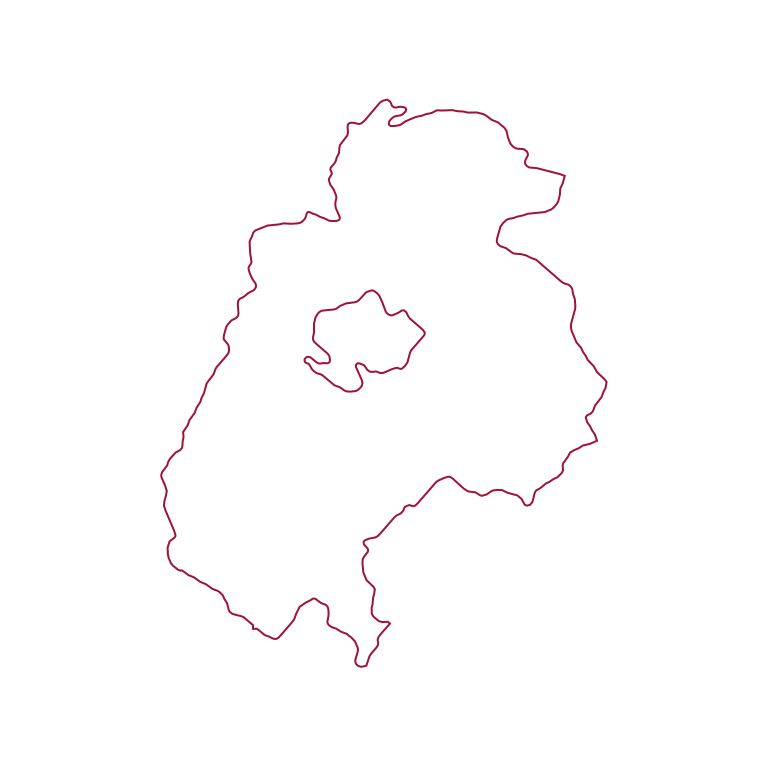 San Juan de la Maguana, San Juan, Dominican Republic, rotated 221°
{"feature_id": "3306468B55528819950271", "entity_name": "San Juan de la Maguana", "entity_type": "district", "adm_level": 2, "iso_a3": "DOM", "parent_name": "Dominican Republic", "parent_adm1": "San Juan", "projection": "albers", "projection_center": [-71.221, 18.893], "detail": "fine", "context": "isolated", "style": "outline", "palette": "rose", "viewbox_px": 768, "rotation_deg": 221, "n_neighbors": 0, "source": "geoboundaries", "source_scale": "gbopen_adm2", "svg_char_len": 6167}
<svg xmlns="http://www.w3.org/2000/svg" viewBox="0 0 768 768"><g transform="rotate(221 384 384)"><path d="M571.4,569.9L572.0,566.2L572.9,564.5L574.3,563.3L577.6,561.7L579.7,560.1L581.0,558.7L581.6,556.9L580.7,554.8L576.1,550.0L574.8,547.7L574.0,535.5L573.1,533.7L569.5,528.8L568.2,523.8L566.6,520.5L566.2,517.9L566.1,512.4L565.7,511.4L565.1,510.6L561.9,509.0L561.2,508.2L560.2,503.1L559.3,501.6L555.3,499.2L549.7,497.8L543.6,494.7L541.9,493.0L539.8,489.1L537.5,486.5L535.3,484.9L527.0,481.0L525.9,479.8L525.5,478.7L526.1,477.0L526.8,476.0L530.1,472.9L532.4,471.3L538.0,469.8L541.9,468.2L546.4,467.2L549.7,465.8L553.0,464.9L553.9,464.3L554.3,463.3L554.3,462.2L552.6,458.6L552.1,456.0L552.3,452.7L553.0,450.7L554.6,448.5L559.2,444.0L565.2,439.3L568.1,435.4L575.8,427.2L581.8,415.6L582.0,412.5L580.4,408.7L579.5,404.9L578.6,403.0L571.1,395.2L564.1,389.2L563.4,387.6L562.8,383.5L561.9,382.1L558.0,379.5L552.4,377.0L546.8,375.5L545.3,374.5L544.2,373.0L543.8,371.1L543.9,369.1L546.0,364.0L547.1,357.5L548.7,353.7L548.6,351.2L546.8,348.4L540.2,341.9L538.9,339.7L538.8,337.1L540.8,332.0L541.0,326.2L540.4,323.3L537.2,316.6L535.4,313.7L534.1,312.6L528.0,311.6L525.6,310.4L523.1,307.9L521.8,305.5L521.4,301.9L521.4,287.1L520.9,284.4L519.0,279.7L518.3,268.3L513.8,258.8L512.5,253.7L510.8,249.8L509.9,243.2L507.9,237.9L507.2,229.3L505.1,224.1L504.1,215.9L500.6,212.6L498.3,208.6L495.4,204.9L494.5,203.2L494.4,200.7L496.3,195.5L496.5,187.6L495.9,184.1L494.2,180.2L493.7,172.1L492.5,169.2L490.7,167.6L482.3,163.6L477.8,160.8L475.1,156.3L473.3,152.3L470.4,147.9L465.9,145.2L446.2,135.6L442.3,133.2L441.6,132.3L441.3,130.5L442.6,124.7L440.0,118.6L435.7,114.0L432.6,111.6L427.6,109.1L424.2,108.4L417.7,108.7L415.2,109.5L414.9,110.3L413.6,110.9L406.1,111.5L400.7,113.4L392.9,114.1L386.9,116.1L379.1,116.8L374.4,118.6L371.6,119.1L367.3,118.8L363.3,117.0L359.0,115.8L352.9,111.6L350.4,110.8L347.2,111.2L339.0,115.3L337.1,115.9L324.8,116.1L322.1,113.3L319.3,116.0L309.2,116.3L305.1,117.9L300.3,119.2L298.5,120.5L297.7,121.7L297.1,123.9L297.1,142.9L297.4,147.5L299.5,152.9L301.5,160.4L299.6,167.9L297.9,171.8L296.9,175.2L296.3,176.1L294.6,176.9L287.7,177.4L283.2,179.1L280.7,179.0L278.3,177.6L275.3,174.5L273.5,172.2L270.7,167.3L269.2,166.3L267.3,165.8L264.1,166.2L259.6,168.0L253.7,168.9L248.5,170.9L242.0,171.2L237.1,170.7L231.5,168.1L229.5,166.6L228.4,165.1L224.5,156.7L222.7,155.0L220.9,154.3L218.3,154.3L215.5,155.7L212.5,159.8L216.4,169.1L216.8,172.1L216.8,180.0L217.2,182.8L218.2,184.4L220.9,186.7L222.1,189.3L222.4,193.1L222.3,207.1L225.1,207.1L229.1,203.2L232.2,201.7L238.7,201.5L240.8,201.9L242.7,202.9L246.5,206.9L248.2,210.4L251.9,215.3L253.8,219.3L256.3,223.1L258.7,224.0L268.5,224.5L275.9,228.2L282.4,234.3L285.1,237.8L285.8,240.5L286.1,246.7L287.0,248.3L288.5,249.1L293.9,249.8L295.6,251.2L296.0,252.2L295.7,253.8L293.9,257.4L290.1,262.2L289.0,264.8L288.7,268.4L288.7,290.0L288.3,292.9L286.6,296.8L286.3,298.7L286.4,301.2L287.4,303.8L287.5,305.4L285.5,309.2L281.8,310.9L280.6,312.9L280.3,316.4L280.3,344.2L279.6,346.9L277.0,352.5L274.9,355.9L273.6,357.1L271.1,357.7L255.0,357.4L250.1,358.1L244.0,362.2L238.4,363.1L236.8,363.8L234.0,368.1L232.8,373.1L232.0,375.0L228.7,378.7L225.3,381.4L219.6,382.9L210.2,387.4L204.9,387.5L198.6,385.2L196.3,386.0L194.5,388.5L194.6,392.4L199.0,401.1L199.3,403.6L197.7,408.0L196.5,415.2L195.0,418.5L193.7,423.5L191.9,427.4L191.5,433.4L192.2,436.4L195.4,439.3L196.7,441.4L197.5,450.0L198.6,454.4L196.9,459.2L195.0,463.0L193.6,468.0L189.3,474.0L186.0,480.9L191.8,484.3L196.8,485.6L200.7,487.3L205.8,488.5L209.9,491.3L210.2,493.5L208.7,497.0L208.4,499.5L208.8,501.5L210.6,506.1L211.2,516.8L213.2,522.1L214.3,526.5L217.4,531.6L220.7,532.3L230.8,532.7L237.4,535.0L246.1,535.8L250.0,537.5L255.0,538.8L258.9,540.6L266.1,541.7L277.3,547.2L280.0,549.3L282.2,551.9L289.0,566.1L291.2,568.9L295.9,573.4L299.9,575.7L304.2,579.1L306.7,580.1L309.9,580.0L313.8,578.2L317.2,577.6L350.8,577.6L355.5,575.7L361.0,574.3L366.0,571.8L370.9,568.1L372.7,567.3L381.4,566.5L385.9,564.6L387.8,564.2L390.4,564.5L392.1,565.3L393.7,567.2L399.3,579.0L399.7,583.7L399.2,588.4L398.3,590.2L395.0,594.5L393.1,597.9L389.4,602.8L387.2,606.8L375.4,619.3L372.3,625.4L371.8,628.1L371.7,632.8L372.3,636.1L375.5,642.3L379.2,647.2L380.8,652.8L384.1,659.6L388.8,657.9L410.4,647.1L416.4,642.7L419.0,642.2L421.6,642.7L423.1,643.8L424.2,645.9L425.4,650.8L426.5,652.2L428.8,653.3L432.7,652.9L438.1,648.8L440.0,648.1L442.6,647.8L446.6,648.4L452.1,651.3L457.5,655.4L461.4,656.4L469.6,656.2L476.1,654.0L482.8,653.6L486.0,652.9L492.1,649.8L498.7,643.9L502.7,641.8L507.5,638.1L512.1,635.5L519.8,628.3L523.6,625.3L525.9,619.7L529.2,615.4L531.4,611.4L535.1,606.5L537.9,601.0L540.3,595.9L541.5,590.9L542.4,589.1L545.4,585.5L548.2,583.1L550.0,582.9L551.4,583.9L552.3,585.5L552.5,588.7L551.7,592.7L547.9,597.5L547.0,599.3L546.5,603.8L547.4,605.9L549.1,606.5L550.7,605.9L553.9,603.7L556.2,600.6L558.1,599.3L560.5,599.2L563.6,600.8L565.4,601.2L568.3,600.6L570.8,596.8L571.7,593.6L571.4,569.9ZM452.0,349.4L454.3,349.7L457.1,348.7L458.7,349.0L460.2,350.6L460.2,353.2L459.1,354.7L457.0,355.9L448.9,356.1L447.0,356.6L445.7,357.4L443.0,360.6L440.8,362.0L439.8,363.2L439.5,364.9L440.4,366.6L443.4,369.1L446.1,369.9L462.5,369.9L464.6,370.1L466.4,370.8L468.1,372.5L470.6,376.9L476.4,383.6L479.3,389.2L480.1,393.7L480.0,395.7L479.2,398.3L470.2,408.0L469.3,409.8L468.3,414.2L465.6,419.8L459.9,426.3L458.4,428.6L457.9,431.3L457.7,440.7L457.1,442.6L455.4,445.6L454.3,447.0L452.6,447.7L449.1,448.0L445.6,447.6L438.6,444.4L430.6,440.0L428.7,439.4L426.7,439.3L424.1,440.1L422.5,441.7L419.9,447.2L418.8,451.2L417.1,452.7L414.2,452.8L410.4,451.1L407.5,450.4L390.5,450.4L387.2,449.7L385.9,448.1L385.6,446.1L385.6,427.3L384.9,424.7L380.5,415.8L380.0,411.5L380.5,407.5L381.5,406.1L384.4,405.0L385.6,403.9L387.7,400.5L391.8,392.0L393.8,389.9L398.2,388.3L400.7,385.5L402.6,384.1L405.8,383.7L411.2,385.1L416.0,383.5L417.3,382.4L417.8,381.4L417.6,379.7L416.4,378.5L403.1,372.3L400.7,370.4L399.6,368.1L399.4,365.4L399.8,362.1L400.7,360.2L404.1,356.4L407.5,353.8L409.4,353.2L415.3,352.5L420.6,350.5L436.2,350.2L438.2,349.7L442.0,348.0L445.3,347.6L448.7,348.0L452.0,349.4Z" fill="none" stroke="#9f1239" stroke-width="2"/></g></svg>